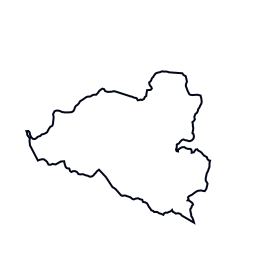 Pirassununga, São Paulo, Brazil, rotated 20°
{"feature_id": "56859067B61484567456401", "entity_name": "Pirassununga", "entity_type": "district", "adm_level": 2, "iso_a3": "BRA", "parent_name": "Brazil", "parent_adm1": "São Paulo", "projection": "natural_earth1", "projection_center": [-47.38, -21.972], "detail": "fine", "context": "isolated", "style": "outline", "palette": "ink", "viewbox_px": 256, "rotation_deg": 20, "n_neighbors": 0, "source": "geoboundaries", "source_scale": "gbopen_adm2", "svg_char_len": 3538}
<svg xmlns="http://www.w3.org/2000/svg" viewBox="0 0 256 256"><g transform="rotate(20 128 128)"><path d="M216.3,130.6L214.9,130.8L213.2,130.0L212.3,128.5L210.7,128.2L208.9,127.9L207.2,127.0L205.6,126.0L204.0,125.5L201.6,125.2L200.4,124.3L199.0,125.1L198.1,128.3L196.3,129.5L195.6,127.7L194.7,126.5L193.4,126.4L191.6,127.1L189.7,127.2L187.4,126.7L184.9,127.9L183.4,129.9L182.3,131.2L183.0,132.9L181.6,133.1L180.5,131.9L180.4,129.5L179.5,126.8L181.1,125.2L181.7,123.1L182.7,121.0L184.0,119.8L186.0,119.9L188.1,119.5L189.7,119.6L191.0,118.9L192.2,117.8L193.2,115.4L192.8,113.3L191.6,111.3L190.3,110.8L189.9,108.0L189.4,105.8L188.2,103.8L187.5,102.0L186.5,100.5L187.3,99.2L187.9,97.1L186.5,94.9L186.5,91.9L187.6,90.0L187.8,88.4L187.5,86.4L188.1,84.3L188.2,82.3L188.6,80.0L188.2,77.9L186.9,75.4L185.1,72.7L182.4,72.9L180.7,73.5L179.1,74.2L177.6,74.9L175.3,75.5L174.0,75.2L172.6,73.9L170.9,72.2L169.9,71.0L169.0,69.9L168.0,68.8L167.5,67.1L167.5,64.2L166.0,61.8L164.5,59.6L162.1,59.2L160.3,58.0L147.7,61.6L146.1,61.6L143.9,62.1L142.5,62.7L140.6,63.1L138.8,64.7L136.7,66.0L135.3,67.3L134.7,69.1L134.3,71.1L133.5,73.1L133.4,75.9L132.3,78.0L133.1,79.4L134.0,80.5L135.8,81.4L136.9,82.8L136.2,84.5L133.0,85.9L133.5,89.0L134.2,91.7L133.2,93.2L133.1,95.2L131.5,97.0L130.2,96.9L129.1,97.9L127.7,98.6L125.8,97.0L123.0,97.4L121.3,97.2L119.6,97.4L103.6,98.0L101.8,98.4L100.2,99.5L98.6,100.2L96.3,101.1L93.9,101.1L92.3,99.7L90.5,99.8L89.1,101.6L88.2,103.3L87.8,105.1L86.7,107.6L85.0,108.2L83.4,109.2L82.4,110.7L81.2,111.6L79.2,112.4L77.8,113.8L76.2,116.2L73.8,119.3L73.4,121.7L72.5,123.7L71.5,125.0L71.1,126.7L71.2,129.0L70.9,130.8L69.7,132.3L68.3,133.0L66.9,133.6L65.6,134.1L63.2,135.0L60.5,135.5L57.8,135.3L56.5,135.5L54.6,136.2L53.2,137.5L52.9,140.6L54.5,143.4L55.4,147.1L56.1,149.9L56.1,151.8L54.5,153.6L53.9,156.1L53.4,159.7L52.1,161.3L50.9,162.4L49.0,163.7L48.3,165.5L47.1,166.4L46.0,167.4L45.4,168.9L44.1,170.3L42.3,170.7L40.3,169.8L38.3,167.9L37.2,165.9L35.4,164.9L33.6,165.7L35.0,167.4L35.8,169.0L37.2,170.0L39.3,171.4L39.8,173.6L40.9,175.9L41.8,177.8L54.5,189.4L55.9,188.1L58.2,186.6L59.7,186.2L62.2,186.9L63.6,187.6L64.7,188.6L65.8,189.6L67.9,189.0L69.5,187.5L70.8,187.3L72.4,187.0L74.2,185.0L76.3,182.5L78.2,181.6L79.4,181.1L80.7,183.3L82.6,185.8L84.3,186.7L86.7,186.2L88.4,188.3L89.9,188.7L91.1,187.3L93.1,186.6L95.4,186.9L97.2,188.3L99.3,187.8L101.5,186.8L104.8,186.9L106.3,186.6L107.9,186.8L109.5,186.6L110.8,185.7L111.8,184.3L112.3,182.7L113.0,181.2L113.6,179.3L115.0,177.1L124.1,181.7L133.7,188.9L135.3,189.1L137.5,189.8L144.2,193.5L145.8,193.7L147.5,192.8L148.9,192.3L150.4,192.4L152.1,192.3L154.1,192.3L156.1,193.1L157.9,193.1L159.5,191.6L161.6,190.6L163.8,190.8L166.0,190.6L167.3,192.3L169.2,192.0L171.1,192.1L172.7,193.1L174.4,194.8L176.5,196.1L177.9,197.3L180.1,197.4L181.3,198.0L182.8,197.3L184.5,197.0L186.5,197.5L188.3,197.3L190.9,197.5L191.2,195.8L192.3,194.6L193.9,194.2L195.0,193.1L196.7,191.5L197.4,189.9L198.8,191.4L200.6,191.6L202.1,192.1L204.4,190.9L206.9,190.9L208.5,191.9L222.4,194.4L220.6,191.9L219.0,190.1L217.5,189.1L216.9,187.5L215.9,186.1L214.7,184.1L214.3,182.7L214.8,181.2L214.7,179.3L215.3,177.7L214.3,176.6L213.1,176.1L211.7,175.7L210.2,175.3L208.8,175.6L209.2,174.0L208.1,172.7L208.6,171.3L210.0,169.8L211.0,168.8L213.2,165.3L214.8,163.4L216.5,162.4L218.2,161.6L219.8,161.5L221.7,161.1L222.4,158.4L222.1,155.2L221.8,153.1L220.3,151.8L219.0,150.8L218.3,148.9L217.9,146.4L217.5,143.7L217.9,141.0L217.8,139.1L217.9,137.0L217.2,134.8L216.5,132.7L216.3,130.6Z" fill="none" stroke="#020617" stroke-width="2"/></g></svg>